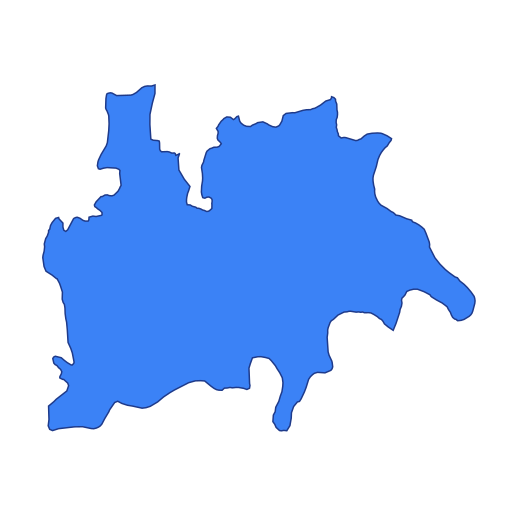 Tukh, Al Qalyubiyah, Egypt, rotated 177°
{"feature_id": "37247803B54771061850383", "entity_name": "Tukh", "entity_type": "district", "adm_level": 2, "iso_a3": "EGY", "parent_name": "Egypt", "parent_adm1": "Al Qalyubiyah", "projection": "equal_earth", "projection_center": [31.147, 30.344], "detail": "fine", "context": "isolated", "style": "filled", "palette": "blue", "viewbox_px": 512, "rotation_deg": 177, "n_neighbors": 0, "source": "geoboundaries", "source_scale": "gbopen_adm2", "svg_char_len": 6100}
<svg xmlns="http://www.w3.org/2000/svg" viewBox="0 0 512 512"><g transform="rotate(177 256 256)"><path d="M122.9,174.6L119.6,181.6L115.5,192.2L114.9,195.1L113.4,198.2L112.7,201.4L113.0,204.1L112.6,205.9L112.3,206.4L110.9,207.6L109.3,209.2L107.3,212.7L104.1,213.9L100.3,214.6L96.5,214.4L90.1,211.6L84.2,208.1L83.6,206.9L82.8,206.0L78.1,202.7L72.5,199.3L67.8,195.3L66.6,192.5L64.8,189.5L64.0,186.9L62.8,184.4L61.0,182.7L59.0,182.0L58.7,181.3L58.0,180.8L54.5,181.0L51.5,181.8L46.3,184.6L44.6,186.0L43.4,187.5L42.4,189.7L40.0,197.2L39.6,199.7L39.8,202.2L40.3,204.3L43.2,208.9L46.6,213.4L49.7,216.8L53.7,220.3L56.0,223.7L58.4,224.7L64.1,229.3L67.7,232.6L72.7,238.2L77.4,244.8L82.3,255.8L82.0,258.5L82.3,261.0L85.0,269.6L86.6,273.9L88.9,276.2L91.8,278.6L94.9,280.6L97.6,281.8L98.3,282.6L98.6,283.6L103.6,285.3L110.5,288.7L114.3,289.6L115.3,290.9L116.8,292.3L118.8,293.4L122.7,296.6L128.5,300.2L130.3,302.2L131.7,304.5L133.4,308.6L134.1,311.9L134.2,314.4L134.0,316.6L134.8,320.6L135.2,324.8L135.1,327.8L134.5,330.5L131.2,339.0L129.2,345.9L127.3,349.9L125.4,352.9L123.4,355.3L121.4,357.4L119.2,359.0L117.1,362.1L115.1,364.3L114.5,366.1L118.8,369.2L123.5,371.6L125.0,372.1L128.2,372.5L133.8,372.5L138.6,371.9L141.7,370.1L145.1,367.4L146.8,367.0L148.4,366.2L150.3,366.0L160.1,369.5L161.9,369.8L164.8,369.4L167.4,371.8L167.4,373.6L168.3,376.1L168.4,377.6L169.1,380.3L168.6,382.7L169.0,385.2L168.7,388.0L167.7,390.2L167.2,392.9L167.1,395.3L167.5,397.7L167.4,403.5L168.4,406.5L168.4,408.4L169.9,410.1L172.2,411.1L172.4,409.9L173.4,408.3L178.2,407.1L183.7,403.3L189.4,400.5L191.8,400.1L193.8,399.3L197.9,399.4L201.5,399.0L209.7,397.0L212.1,397.2L218.5,396.8L221.4,394.8L223.1,389.3L225.5,385.6L226.6,384.7L229.4,383.6L232.7,384.3L236.5,386.3L237.7,387.3L242.1,389.6L247.4,389.1L249.0,388.2L252.7,386.9L254.7,385.6L258.7,386.0L261.5,387.3L264.0,389.5L265.2,391.4L266.2,396.6L267.8,396.2L270.2,394.0L271.4,393.4L274.3,395.9L277.9,396.4L280.9,394.9L281.6,394.1L283.7,392.4L286.5,388.8L287.1,387.5L288.9,385.5L287.3,382.4L287.4,380.5L288.2,378.2L288.5,375.6L288.0,373.9L285.6,371.3L284.8,369.9L287.0,367.4L289.1,366.7L292.5,366.8L294.5,366.0L296.3,365.6L299.4,363.3L300.3,361.8L303.1,354.2L303.4,352.7L305.3,349.3L305.8,347.2L305.2,341.3L305.2,336.6L305.5,333.7L306.6,328.6L307.2,322.8L306.9,320.1L306.1,317.1L304.5,316.5L303.8,316.5L302.0,317.3L300.0,317.4L298.0,316.3L297.0,314.9L296.9,313.2L297.4,310.4L297.3,309.6L297.6,305.7L300.1,303.7L301.4,303.1L303.2,303.1L305.1,304.2L306.9,304.7L308.4,305.7L310.5,306.6L312.4,306.8L313.6,307.9L317.0,309.0L319.0,310.4L322.0,310.8L322.6,313.5L322.4,316.3L322.0,318.5L321.0,322.2L320.0,324.4L318.3,328.9L323.6,336.4L328.5,345.9L328.7,358.0L327.1,362.0L327.3,362.2L327.9,361.7L330.8,360.7L331.3,362.5L332.0,363.1L334.8,363.2L337.1,364.4L339.1,364.9L344.8,365.0L346.0,366.1L346.6,367.6L346.4,373.9L346.6,375.8L348.1,376.4L352.6,377.0L354.9,378.2L355.1,392.8L354.5,402.9L351.5,414.1L348.4,423.6L347.9,432.1L351.5,431.2L355.6,431.5L358.3,431.2L361.2,430.0L366.9,425.5L370.5,423.7L372.6,423.2L386.8,423.5L391.2,426.2L392.8,426.6L394.9,426.3L396.2,425.9L396.8,424.8L397.6,421.1L398.4,411.7L398.0,410.2L397.2,408.7L395.9,404.8L395.7,403.4L395.8,395.7L396.5,388.9L398.5,377.0L399.8,373.8L405.3,365.6L408.2,360.2L408.9,358.3L409.7,354.4L408.8,351.4L407.2,350.8L403.6,351.7L400.1,352.1L391.2,351.1L388.3,349.7L387.4,348.5L387.8,345.5L387.0,333.6L388.0,332.1L388.7,330.6L390.4,327.9L394.6,324.2L396.8,323.6L399.5,324.0L401.2,324.8L403.6,324.8L406.4,323.4L407.7,323.4L412.8,318.5L414.7,315.5L414.6,314.7L414.3,313.7L412.9,312.7L411.7,311.4L409.3,309.6L407.5,307.5L407.6,305.2L408.2,304.7L413.6,303.8L416.8,304.4L420.7,303.5L421.0,300.9L421.9,299.6L424.8,299.8L427.0,300.7L429.8,302.9L432.3,304.0L433.5,304.0L435.5,303.3L436.3,302.7L442.7,292.0L444.7,290.5L446.6,291.8L447.3,295.0L447.1,299.0L450.8,303.4L451.1,304.8L454.2,304.1L457.9,300.0L459.6,297.2L460.6,293.5L461.8,292.4L461.9,290.5L463.4,286.9L465.1,284.4L466.8,279.1L466.6,276.3L467.3,271.9L468.6,267.9L469.0,265.5L468.2,256.6L466.5,251.8L460.6,247.6L456.4,243.8L455.8,243.7L453.6,238.9L452.8,236.2L451.2,230.1L451.8,223.0L451.0,219.7L449.9,217.7L449.5,214.1L449.6,208.4L449.2,203.3L448.6,199.8L448.3,192.0L448.2,179.5L445.8,173.4L444.5,168.8L443.3,160.2L443.3,158.9L444.3,157.6L445.4,156.7L446.5,157.0L450.2,159.5L453.1,162.0L455.8,164.6L461.7,166.4L463.4,165.6L464.3,164.2L463.5,159.6L462.3,158.1L460.5,157.0L458.9,154.7L457.7,153.7L456.8,152.5L456.0,150.6L456.6,148.4L458.0,146.1L458.3,145.3L458.2,144.4L455.5,142.9L454.5,142.8L450.7,139.0L449.9,136.3L452.0,131.1L463.0,123.4L465.5,121.1L471.0,117.0L471.3,103.5L472.4,97.3L471.1,93.7L468.3,92.3L462.2,93.9L446.1,94.9L438.1,94.6L429.5,92.3L427.1,92.0L424.5,92.5L422.2,93.4L420.5,94.4L418.8,96.1L415.6,101.5L411.1,108.2L410.2,110.1L404.8,117.1L401.7,118.2L397.7,115.8L392.2,113.7L387.2,112.6L377.7,110.0L373.7,110.3L369.5,111.4L361.9,115.4L355.7,120.1L349.2,124.0L344.4,126.5L329.9,133.0L323.1,134.5L317.9,134.4L313.8,133.9L307.8,128.4L304.7,125.9L302.4,124.6L300.3,124.0L296.9,123.7L294.5,125.7L291.6,125.7L288.9,126.1L286.5,125.6L282.9,125.8L280.1,125.6L275.3,124.5L272.1,123.2L269.4,124.3L268.8,127.0L269.1,129.0L268.9,144.4L267.3,148.8L264.9,154.5L259.5,155.3L256.3,155.2L252.0,154.2L248.3,153.0L246.2,150.7L242.3,145.3L240.8,142.3L238.4,138.2L236.1,133.0L235.7,128.0L236.1,124.5L237.2,119.1L239.0,114.9L240.8,109.7L244.2,103.9L245.0,99.5L247.0,96.2L247.8,89.7L246.1,87.0L244.9,83.8L241.7,80.5L239.9,80.1L237.3,80.4L234.4,79.9L231.0,84.8L229.3,92.3L228.8,97.6L226.3,103.7L222.3,108.1L220.2,108.5L218.4,111.0L214.8,117.7L212.8,122.2L209.9,130.1L208.0,132.6L205.7,134.6L203.9,135.8L200.7,136.6L193.2,135.7L187.2,137.9L185.9,139.4L185.2,141.3L185.5,145.5L185.8,147.1L188.2,153.0L189.0,156.5L189.2,171.0L188.4,175.3L188.3,178.4L187.7,180.6L185.5,185.7L184.2,187.4L182.0,188.7L177.1,192.8L171.0,195.4L167.9,195.5L166.2,195.9L164.5,195.9L158.9,194.7L156.4,194.8L154.3,194.3L152.5,194.5L150.8,193.7L146.2,193.5L144.2,193.1L141.3,191.4L138.0,189.1L136.0,187.1L134.0,186.0L132.5,184.0L131.3,181.5L127.8,178.3L122.9,174.6Z" fill="#3b82f6" stroke="#1e3a8a" stroke-width="1.5"/></g></svg>